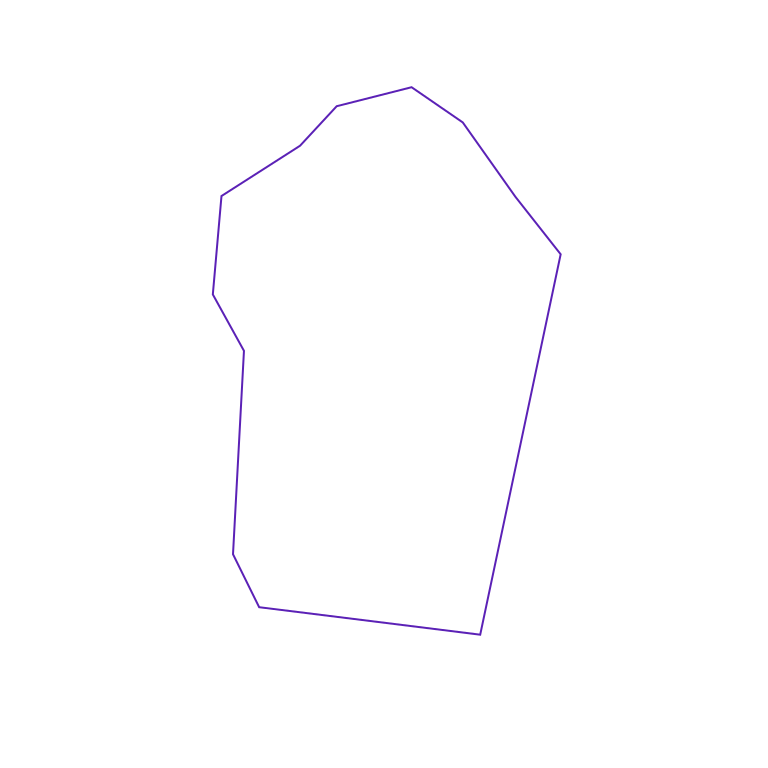 map outline of Gaborone (Robinson projection), rotated 151°
{"feature_id": "BWA-5501", "entity_name": "Gaborone", "entity_type": "City", "adm_level": 1, "iso_a3": "BWA", "parent_name": "Botswana", "parent_adm1": "", "projection": "robinson", "projection_center": [25.92, -24.612], "detail": "fine", "context": "isolated", "style": "outline", "palette": "violet", "viewbox_px": 768, "rotation_deg": 151, "n_neighbors": 0, "source": "natural_earth", "source_scale": "10m", "svg_char_len": 322}
<svg xmlns="http://www.w3.org/2000/svg" viewBox="0 0 768 768"><g transform="rotate(151 384 384)"><path d="M166.6,411.8L421.4,118.1L601.4,249.3L598.6,308.3L490.4,480.9L490.3,545.3L435.0,627.2L341.9,633.1L290.7,649.9L216.0,630.2L188.3,574.6L178.3,483.9L166.6,411.8Z" fill="none" stroke="#5b21b6" stroke-width="2"/></g></svg>